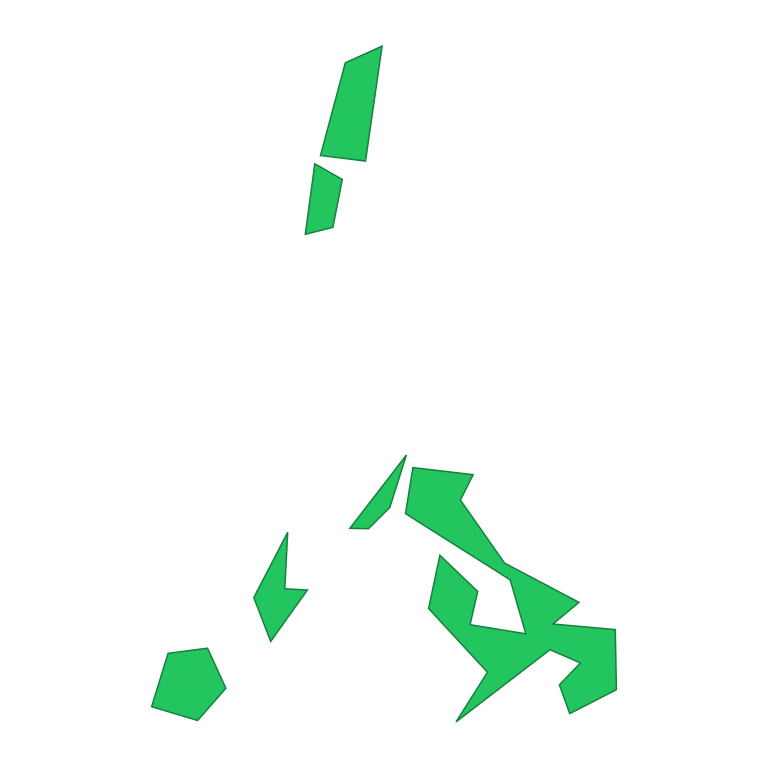 map outline of Nagasaki (Albers equal-area conic projection)
{"feature_id": "JPN-3500", "entity_name": "Nagasaki", "entity_type": "Prefecture", "adm_level": 1, "iso_a3": "JPN", "parent_name": "Japan", "parent_adm1": "", "projection": "albers", "projection_center": [129.432, 33.635], "detail": "coarse", "context": "isolated", "style": "filled", "palette": "green", "viewbox_px": 768, "rotation_deg": 0, "n_neighbors": 0, "source": "natural_earth", "source_scale": "10m", "svg_char_len": 722}
<svg xmlns="http://www.w3.org/2000/svg" viewBox="0 0 768 768"><path d="M579.0,602.4L552.9,624.0L615.3,629.6L616.4,689.7L569.7,713.6L559.4,684.8L580.4,663.0L550.0,649.7L456.0,721.9L487.5,672.3L428.6,608.5L439.9,555.3L477.7,591.5L470.1,624.7L525.8,633.8L510.2,579.9L405.5,513.6L412.9,467.6L473.1,474.7L460.4,500.1L504.6,563.1L579.0,602.4ZM382.1,46.1L365.5,161.1L320.5,155.5L345.3,62.8L382.1,46.1ZM225.9,688.2L197.6,720.5L151.6,706.7L168.1,653.3L207.5,648.2L225.9,688.2ZM342.3,179.5L332.9,227.3L305.3,234.3L314.8,163.8L342.3,179.5ZM284.8,588.8L307.4,590.0L270.7,641.4L253.8,597.6L287.7,532.3L284.8,588.8ZM406.4,455.0L389.8,507.5L368.5,528.7L349.9,528.3L406.4,455.0Z" fill="#22c55e" stroke="#15803d" stroke-width="1.5"/></svg>